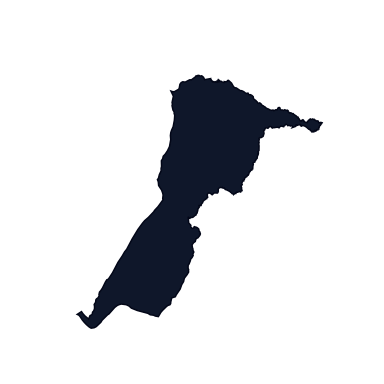 outline of San Sebastian De Buenavista, Magdalena, Colombia, rotated 344°
{"feature_id": "7082276B86885648349086", "entity_name": "San Sebastian De Buenavista", "entity_type": "district", "adm_level": 2, "iso_a3": "COL", "parent_name": "Colombia", "parent_adm1": "Magdalena", "projection": "natural_earth1", "projection_center": [-74.12, 9.349], "detail": "fine", "context": "isolated", "style": "filled", "palette": "ink", "viewbox_px": 384, "rotation_deg": 344, "n_neighbors": 0, "source": "geoboundaries", "source_scale": "gbopen_adm2", "svg_char_len": 6062}
<svg xmlns="http://www.w3.org/2000/svg" viewBox="0 0 384 384"><g transform="rotate(344 192 192)"><path d="M62.9,295.0L68.5,292.1L70.2,290.5L76.9,286.8L78.6,286.3L85.8,281.7L88.5,280.6L90.4,280.2L93.1,280.2L97.7,282.2L100.0,284.2L101.7,286.9L106.7,290.8L116.2,296.5L118.0,298.5L121.0,299.8L122.5,301.1L125.3,302.5L128.9,299.1L131.2,297.6L136.2,294.9L137.7,294.4L139.7,294.3L140.7,293.4L141.3,291.8L143.3,288.2L147.1,288.1L148.5,286.5L153.9,282.0L156.6,278.2L159.2,275.8L160.2,273.9L161.1,272.6L164.6,270.0L166.7,268.0L166.9,266.8L167.4,265.6L167.2,264.2L168.1,261.4L169.3,260.4L171.4,257.7L172.1,256.3L173.9,255.1L175.6,253.4L175.7,251.9L177.1,250.4L177.2,249.6L176.8,248.3L177.2,247.1L177.1,245.5L177.5,242.8L179.5,241.2L181.5,240.5L182.7,238.4L183.8,237.8L185.0,237.7L187.6,235.8L188.5,234.6L188.5,232.4L188.1,231.6L188.1,230.1L188.3,229.6L187.4,228.0L187.0,227.8L186.7,227.2L185.9,226.9L184.9,226.0L184.2,226.2L183.8,227.2L182.5,227.1L181.9,226.6L181.1,225.4L181.7,223.7L180.3,220.9L181.4,215.3L181.7,215.3L182.2,216.6L182.7,216.8L183.6,216.1L184.8,216.5L186.0,216.5L188.6,215.3L189.5,215.2L189.9,214.4L191.2,213.5L191.6,212.5L192.3,211.7L192.9,210.0L193.6,209.7L194.2,208.8L194.8,208.6L195.0,207.0L195.6,207.2L196.2,207.0L196.4,207.5L197.0,207.5L197.8,206.1L199.3,205.2L199.8,204.2L201.5,203.2L202.7,202.9L203.0,202.4L204.3,202.5L204.9,201.5L205.6,201.4L205.9,198.7L207.1,197.6L207.6,197.5L209.2,198.2L210.6,200.2L213.2,199.0L216.1,200.0L216.7,199.7L217.5,198.5L218.0,196.5L218.9,195.7L220.4,195.4L221.8,196.0L222.5,195.9L222.9,196.9L224.2,197.1L224.6,198.7L226.0,199.6L228.9,202.3L228.9,202.8L229.7,203.6L230.0,204.5L231.1,205.3L231.2,206.0L232.6,205.3L233.8,205.5L234.0,204.8L234.5,204.5L235.7,204.8L237.7,204.6L238.6,205.4L239.0,205.3L239.3,204.6L240.5,204.5L240.5,202.7L240.9,201.5L240.8,200.0L241.1,199.5L242.3,198.8L242.2,197.6L242.8,196.6L243.9,195.6L244.8,195.5L244.5,194.8L245.8,194.4L246.4,193.0L247.0,193.0L247.3,192.6L248.7,192.4L250.2,191.2L250.5,191.3L250.6,190.9L250.9,191.0L251.6,190.3L252.7,188.4L253.3,188.5L254.6,187.3L255.3,187.4L255.2,186.8L256.7,186.6L257.7,183.8L258.6,182.3L258.5,181.3L258.8,180.7L260.7,180.5L261.0,179.6L261.6,179.4L261.9,178.8L262.3,178.8L262.6,178.3L263.9,177.6L264.6,175.8L266.0,174.2L265.9,173.4L266.4,173.3L266.7,172.6L266.5,171.6L267.8,170.6L269.2,166.0L269.4,164.1L270.1,163.1L270.2,161.5L271.1,160.1L271.2,158.9L271.7,158.6L273.8,158.7L275.7,158.1L277.3,155.7L277.8,152.7L278.9,152.4L280.0,150.8L281.5,150.9L282.4,151.6L282.8,151.6L284.6,150.4L286.3,151.2L286.4,152.1L286.9,152.7L287.8,152.4L288.4,152.8L291.9,153.2L293.4,154.3L294.1,153.7L295.7,153.1L298.1,154.5L298.4,154.0L299.5,153.7L300.4,152.9L301.1,152.8L302.0,153.6L302.3,154.6L303.8,154.7L304.8,155.7L305.4,155.6L306.4,156.1L306.9,157.1L306.2,157.7L309.7,157.5L310.4,157.0L310.7,156.3L311.8,157.0L312.4,156.8L313.7,157.0L314.5,156.8L315.0,157.2L315.0,157.8L314.7,158.2L314.9,158.5L315.3,158.9L316.9,158.6L318.4,159.6L319.9,161.2L321.6,163.9L322.8,164.4L322.7,165.5L323.8,166.6L323.8,167.2L324.5,167.1L324.4,167.4L324.9,167.6L325.5,167.3L325.8,167.7L326.7,166.8L327.0,167.2L327.3,167.0L327.6,167.4L327.9,167.0L328.5,167.3L329.1,166.5L330.1,167.0L330.7,166.3L331.3,166.4L331.6,165.0L332.1,164.9L333.0,163.5L333.8,163.3L334.5,162.6L334.6,162.0L335.3,162.1L336.1,161.3L335.6,161.1L335.2,160.6L332.8,160.4L332.9,158.7L332.2,158.2L331.0,158.0L330.6,157.1L329.6,156.5L329.4,155.7L328.7,155.7L327.9,155.0L326.8,155.2L326.1,154.9L325.9,154.4L325.3,154.5L324.9,155.0L323.8,155.1L323.2,155.8L322.4,156.0L322.4,156.6L321.8,157.2L320.0,156.1L319.6,155.4L319.1,155.2L319.2,154.5L318.7,154.3L318.9,153.6L318.5,153.1L316.7,153.5L316.5,154.1L316.3,154.1L315.5,153.3L315.2,151.3L314.3,150.5L314.7,149.9L314.6,149.3L313.4,148.5L313.3,147.8L311.2,145.4L310.9,144.6L310.2,144.6L309.7,143.9L308.8,143.1L307.3,142.8L307.3,142.2L306.5,141.2L306.8,140.3L306.2,139.6L304.8,139.5L303.9,138.5L302.3,138.8L301.4,138.0L300.3,137.9L299.6,136.5L299.7,135.4L299.4,134.9L298.2,134.7L296.5,136.4L294.7,136.0L294.0,136.4L293.3,136.4L292.9,136.3L292.5,135.5L291.1,135.5L289.4,134.5L288.4,133.3L287.5,132.8L286.0,131.2L285.5,130.1L284.8,129.7L284.3,128.8L283.5,128.4L282.7,126.4L281.7,125.0L279.9,125.0L279.5,123.3L279.0,122.9L278.7,121.8L277.1,119.8L276.9,118.9L277.1,117.2L276.2,115.7L275.1,114.6L273.4,114.1L273.1,112.4L271.0,112.1L269.4,109.8L267.7,108.3L266.4,107.9L263.3,104.2L261.6,103.4L260.8,101.6L260.0,98.2L257.9,94.8L257.5,94.6L256.9,94.7L256.8,95.2L256.4,95.4L254.4,95.3L253.5,94.8L253.3,95.6L253.0,95.7L251.2,94.5L250.7,93.7L249.6,93.3L248.8,92.0L248.7,92.5L248.4,92.3L248.3,92.7L247.9,91.9L247.7,92.4L246.8,92.1L246.6,92.7L246.8,93.1L246.1,92.9L246.2,93.2L246.1,93.4L244.8,92.4L244.4,92.8L244.2,92.4L243.6,92.4L243.3,92.0L242.6,92.2L242.2,91.8L242.4,91.6L242.3,91.2L241.9,91.1L241.6,90.1L241.1,90.0L241.0,89.5L241.3,89.2L241.0,88.7L241.2,88.1L235.1,87.5L234.7,84.9L233.4,83.0L231.8,82.8L230.7,81.7L229.7,82.1L229.3,81.5L228.2,81.8L227.9,81.5L227.1,82.2L222.4,84.0L220.6,83.5L215.8,84.5L213.5,83.5L211.8,83.8L210.1,85.1L208.2,88.9L207.3,89.6L202.8,90.7L201.2,90.3L199.6,89.2L200.5,94.8L198.0,99.5L197.4,100.8L197.5,101.9L196.6,103.5L196.3,108.1L197.0,110.2L196.5,111.2L196.5,113.6L194.8,118.2L191.9,124.0L189.3,127.1L188.0,129.0L186.8,131.8L186.0,135.8L182.9,142.1L179.8,145.6L176.6,148.3L174.2,149.7L173.0,151.9L171.2,153.5L169.8,159.0L168.8,160.8L168.2,163.1L165.4,166.3L163.5,169.6L162.2,170.5L162.4,172.9L161.7,176.6L163.3,181.7L163.5,184.8L163.4,186.9L162.0,190.3L162.0,191.5L155.2,196.8L150.7,199.5L150.7,199.9L143.1,204.4L138.6,206.5L135.9,208.3L129.7,213.1L121.7,220.5L113.5,229.0L110.7,231.0L107.3,234.3L101.5,239.2L93.3,247.8L87.6,252.7L85.9,252.9L84.1,254.5L79.4,259.7L77.2,261.6L75.5,262.7L74.3,264.9L74.2,266.1L72.5,267.8L70.8,268.4L69.9,269.1L68.9,271.5L67.0,273.1L66.7,275.4L66.0,277.5L64.7,279.2L63.3,280.1L62.2,282.3L59.9,282.7L57.6,285.6L54.9,281.6L53.6,278.9L52.8,276.5L47.9,278.0L49.3,279.2L50.0,280.7L51.3,284.8L52.6,287.8L54.0,290.4L55.8,293.2L57.0,294.6L57.6,295.1L60.5,295.5L62.9,295.0Z" fill="#0f172a" stroke="#020617" stroke-width="1.5"/></g></svg>